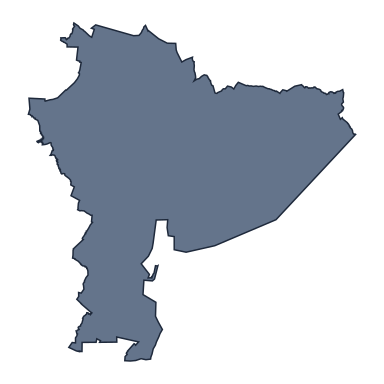 Villa de Cos, Zacatecas, Mexico (Equal Earth projection)
{"feature_id": "50627088B44812883049784", "entity_name": "Villa de Cos", "entity_type": "district", "adm_level": 2, "iso_a3": "MEX", "parent_name": "Mexico", "parent_adm1": "Zacatecas", "projection": "equal_earth", "projection_center": [-102.286, 23.528], "detail": "fine", "context": "isolated", "style": "filled", "palette": "slate", "viewbox_px": 384, "rotation_deg": 0, "n_neighbors": 0, "source": "geoboundaries", "source_scale": "gbopen_adm2", "svg_char_len": 5650}
<svg xmlns="http://www.w3.org/2000/svg" viewBox="0 0 384 384"><path d="M162.4,329.5L158.4,322.3L155.5,316.3L155.9,302.3L143.0,294.6L143.9,280.2L152.4,280.9L154.5,279.0L157.9,265.7L157.4,266.0L155.5,265.7L154.0,273.2L153.2,274.0L151.9,277.6L151.5,277.0L151.1,277.8L148.1,277.9L149.4,274.4L141.2,263.8L148.4,256.2L152.2,248.4L153.1,243.2L156.2,220.0L167.7,219.7L167.1,227.6L168.3,235.7L174.2,236.6L174.2,249.7L186.1,252.2L214.8,245.7L276.0,219.7L355.6,134.4L354.9,134.0L354.4,134.2L353.5,134.0L352.7,132.4L352.5,130.7L351.8,129.1L350.2,127.7L350.0,127.4L350.2,127.0L349.7,126.2L349.4,126.2L349.2,125.2L348.4,124.3L348.4,123.9L347.6,123.4L347.5,122.8L343.2,119.3L342.7,118.8L342.3,117.7L340.4,119.3L338.2,114.1L341.5,111.7L341.8,110.4L342.1,110.2L342.6,110.6L343.5,108.6L343.6,107.7L343.2,106.9L341.9,105.5L341.6,104.6L341.8,103.7L343.4,102.1L342.8,98.8L343.3,97.0L343.7,92.8L343.4,92.7L342.7,89.6L339.6,91.2L337.5,91.4L335.8,92.3L335.8,92.9L335.4,93.2L334.3,93.3L334.5,92.9L333.3,92.7L332.3,92.0L331.5,92.0L331.0,91.7L330.2,91.9L328.9,92.5L328.8,93.5L328.5,93.3L327.4,94.3L326.4,94.5L325.9,93.6L324.8,93.1L324.1,93.3L322.9,92.3L321.7,91.9L321.0,91.3L320.8,90.4L320.2,89.8L319.0,89.2L316.8,88.7L315.0,87.0L314.2,87.0L314.1,87.3L313.8,87.2L313.1,87.9L310.9,87.9L310.1,88.2L309.7,87.9L308.5,88.2L307.3,87.0L305.9,86.7L305.5,86.8L305.4,87.4L304.9,87.8L304.5,87.8L302.9,85.9L301.5,85.0L301.5,84.7L294.8,86.2L286.8,91.2L286.6,90.8L282.8,89.8L280.3,92.6L279.9,93.4L276.5,91.1L276.0,91.5L275.0,91.2L274.9,90.8L274.1,90.5L272.8,90.3L271.5,89.5L269.8,89.1L269.4,88.8L267.9,88.7L264.6,87.3L262.8,86.3L262.2,86.5L260.4,86.2L258.4,86.5L256.2,86.0L253.3,86.4L251.2,85.9L249.2,86.0L247.8,85.4L246.2,85.7L238.3,82.3L235.8,85.4L233.8,89.0L231.3,87.0L227.5,86.1L225.3,88.8L223.3,88.8L221.9,90.2L221.6,90.9L217.7,92.6L216.9,93.4L215.2,93.1L214.9,92.7L213.0,85.8L211.9,85.4L210.9,83.3L210.5,80.9L210.2,81.0L210.1,80.4L209.2,79.5L208.5,78.1L208.0,77.7L207.8,76.7L206.7,75.3L206.2,75.4L204.7,74.9L204.1,74.9L201.5,76.4L199.2,78.6L196.8,79.2L194.1,80.9L195.7,77.8L195.5,77.2L195.6,76.4L195.0,72.9L194.4,71.7L194.0,69.7L194.3,65.6L194.0,63.4L194.2,61.8L193.4,61.6L192.5,59.9L192.3,58.4L192.5,57.2L186.1,59.6L181.8,62.0L177.1,52.6L176.2,49.9L175.7,43.4L167.3,43.2L158.7,38.8L148.3,30.5L148.0,30.9L145.5,25.4L143.9,26.9L143.4,28.8L142.3,30.3L141.4,32.5L139.0,35.4L133.6,35.7L95.7,24.9L91.4,28.2L94.3,29.3L91.7,37.3L89.3,35.8L84.6,31.3L84.1,31.1L83.1,29.9L80.1,28.3L78.2,25.9L73.9,23.0L73.5,24.6L73.9,25.5L74.6,26.2L72.7,28.9L72.9,29.2L72.6,29.6L72.8,30.2L72.3,32.6L71.7,33.8L71.1,33.7L70.2,35.0L70.1,36.3L69.0,37.9L67.8,38.2L67.5,38.9L66.4,39.6L66.2,39.2L66.3,38.9L65.8,38.7L65.7,38.1L65.2,37.7L60.8,37.9L61.0,39.0L60.6,40.1L60.7,40.3L62.1,41.3L63.2,41.6L63.5,42.1L64.7,42.5L67.1,44.2L67.1,46.9L78.0,47.1L76.5,60.1L78.4,60.9L79.8,61.2L79.7,62.1L81.2,62.5L79.8,70.0L79.1,72.0L78.5,72.8L79.4,73.5L79.4,75.0L77.4,78.8L74.4,82.7L66.9,89.7L66.3,90.2L65.7,90.0L57.7,97.8L52.9,99.4L49.9,99.8L45.3,101.1L44.9,100.9L44.9,99.0L29.0,98.2L29.9,109.1L28.4,114.3L30.4,114.6L30.6,115.2L31.6,115.9L31.9,116.5L32.2,116.0L33.5,117.3L33.7,117.9L35.2,118.3L35.0,119.0L37.8,120.4L39.7,125.7L39.8,131.1L40.6,131.4L40.6,133.3L41.4,133.2L41.4,134.6L42.2,135.0L42.2,135.6L42.9,136.0L42.9,136.6L43.6,137.1L43.5,138.3L42.8,137.9L42.7,139.2L42.1,138.8L42.0,139.8L41.3,139.4L41.3,140.2L40.3,139.9L36.4,141.6L37.7,141.6L37.7,142.3L38.3,142.6L38.6,141.7L39.2,142.1L39.6,141.2L41.0,142.1L41.3,141.4L42.6,142.3L42.3,143.1L42.9,143.5L42.4,144.1L42.3,144.8L45.0,144.5L47.3,143.9L50.2,142.6L51.1,143.0L51.1,144.9L51.4,145.6L52.7,147.5L53.0,149.4L53.4,149.5L53.3,150.5L52.2,150.7L51.0,154.2L50.2,155.3L51.6,155.3L52.6,154.8L54.5,155.3L55.0,155.9L55.7,158.0L56.1,158.0L56.8,160.1L57.5,159.4L57.7,159.8L56.4,160.8L56.9,161.8L57.2,161.4L57.5,161.8L57.3,162.0L57.8,162.6L57.1,164.0L57.6,164.8L58.3,164.9L58.3,166.5L59.0,167.9L58.9,168.3L59.7,168.5L59.5,169.4L60.3,169.7L59.9,170.8L60.5,171.0L61.1,173.4L61.9,174.0L62.9,173.5L64.6,173.7L65.0,175.4L69.1,178.5L70.6,180.2L70.5,181.2L71.1,181.8L70.8,184.9L74.3,186.9L71.0,195.7L79.6,200.4L78.4,203.1L78.0,207.8L78.2,208.3L77.6,209.7L80.0,210.9L80.9,210.6L84.1,210.9L87.4,213.4L88.1,213.5L90.9,215.3L92.1,215.3L91.5,221.8L92.5,222.3L90.3,225.0L88.8,227.9L86.7,231.3L86.3,231.2L86.0,232.8L85.5,232.8L85.5,233.6L85.2,233.5L84.4,235.3L82.6,237.8L82.3,238.5L82.5,239.1L83.3,239.5L73.3,248.9L73.5,249.6L73.1,250.1L73.0,255.2L72.6,258.1L74.9,258.7L74.8,259.2L78.2,261.2L80.6,263.7L80.4,263.7L80.9,264.5L82.6,265.8L85.0,266.2L85.0,266.8L86.0,266.9L86.0,267.2L86.7,267.5L86.7,268.5L87.2,268.6L87.9,271.0L88.0,275.1L86.0,277.6L84.4,281.0L84.5,281.7L84.3,281.7L84.2,282.3L83.3,283.4L83.2,284.7L83.5,285.3L83.9,289.2L81.2,293.1L78.6,292.5L78.7,296.5L76.8,299.3L81.3,303.6L81.1,303.7L81.7,304.3L90.1,311.6L91.9,312.9L90.4,314.6L90.1,313.7L88.9,314.2L88.5,314.0L88.6,313.6L88.0,312.8L86.8,312.7L86.4,314.4L85.7,314.7L85.2,315.3L83.7,316.3L82.7,318.2L83.0,318.3L83.0,319.1L81.9,323.2L80.8,324.6L80.5,326.1L79.4,326.3L78.2,327.3L78.4,328.4L79.1,329.5L77.3,330.2L76.6,331.2L76.2,331.1L76.8,333.4L77.5,334.0L77.0,334.5L77.1,335.1L76.9,335.8L75.5,337.9L75.5,342.9L72.2,342.5L68.8,347.4L76.3,350.9L79.3,351.6L79.3,351.0L80.2,351.2L80.3,351.5L82.0,351.5L82.1,342.4L96.1,342.3L96.8,338.8L100.5,340.7L99.6,342.3L116.8,342.1L116.7,337.0L138.6,341.9L135.6,345.2L134.8,344.1L134.1,343.7L127.7,350.9L127.9,351.1L126.6,352.6L126.8,353.0L126.4,353.5L127.1,354.5L125.1,356.5L124.8,360.7L130.3,361.0L135.7,360.5L141.1,358.7L145.9,359.7L150.6,359.1L150.9,357.0L152.0,354.1L153.2,348.9L155.4,345.1L156.4,342.0L158.9,336.6L160.0,333.6L162.4,329.5Z" fill="#64748b" stroke="#1e293b" stroke-width="1.5"/></svg>